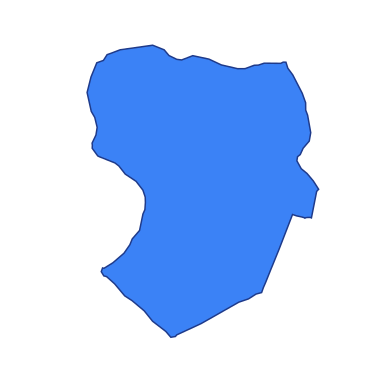 Huité, Zacapa, Guatemala, rotated 12°
{"feature_id": "79465075B89457517012818", "entity_name": "Huité", "entity_type": "district", "adm_level": 2, "iso_a3": "GTM", "parent_name": "Guatemala", "parent_adm1": "Zacapa", "projection": "albers", "projection_center": [-89.697, 14.912], "detail": "fine", "context": "isolated", "style": "filled", "palette": "blue", "viewbox_px": 384, "rotation_deg": 12, "n_neighbors": 0, "source": "geoboundaries", "source_scale": "gbopen_adm2", "svg_char_len": 1303}
<svg xmlns="http://www.w3.org/2000/svg" viewBox="0 0 384 384"><g transform="rotate(12 192 192)"><path d="M201.5,338.5L205.8,336.8L206.8,334.9L228.3,318.8L260.6,290.1L269.5,284.8L275.9,278.5L281.0,275.9L281.7,270.6L282.8,265.2L285.4,250.3L286.0,247.1L289.1,229.7L295.0,193.1L299.2,193.6L304.4,193.6L307.4,193.8L307.7,194.1L308.2,193.9L308.7,193.4L310.6,192.8L313.0,192.3L314.2,192.5L313.8,165.5L315.3,163.0L308.4,156.0L300.7,150.0L294.0,146.5L288.1,139.7L287.9,135.5L290.1,132.9L291.6,126.1L296.1,117.8L295.8,109.3L289.1,92.8L286.2,88.3L284.6,81.1L279.3,72.5L266.2,56.5L260.0,51.0L256.9,45.5L254.2,46.0L252.1,47.7L235.8,51.0L230.5,54.1L226.5,55.1L218.3,60.3L211.0,61.9L194.3,61.6L181.0,58.5L164.4,58.5L154.4,65.0L149.5,65.4L141.1,63.3L135.2,58.7L123.0,56.6L92.2,67.8L84.0,73.1L80.4,75.3L78.0,81.7L72.0,85.4L69.3,100.5L68.7,116.5L76.7,134.1L81.4,139.3L85.8,148.5L86.2,156.2L84.1,165.0L84.8,167.0L85.3,170.0L92.3,176.3L94.2,176.8L110.6,179.6L115.0,181.7L123.0,188.4L135.1,193.2L143.6,200.4L147.3,206.7L148.6,212.0L149.6,219.0L148.6,223.7L148.7,240.5L143.3,250.3L142.2,256.5L138.2,266.0L129.3,277.7L121.8,284.9L120.3,284.9L119.8,288.8L123.2,292.4L126.0,292.5L135.4,297.9L147.8,307.6L155.9,310.7L170.0,318.2L180.3,326.6L195.3,333.8L201.5,338.5Z" fill="#3b82f6" stroke="#1e3a8a" stroke-width="1.5"/></g></svg>